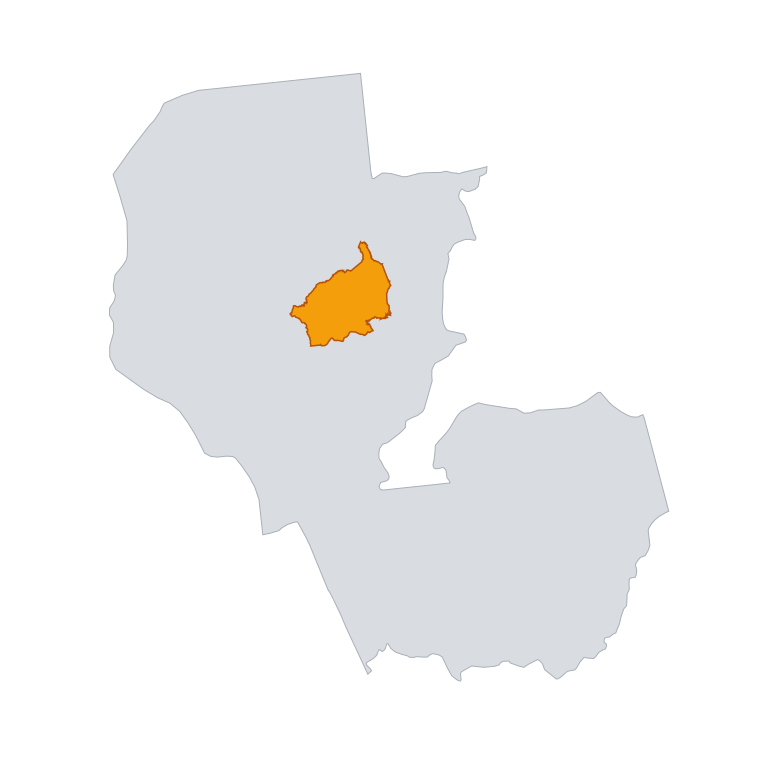 location of Kasempa, North-Western, Zambia, rotated 84°
{"feature_id": "96606910B75049689384444", "entity_name": "Kasempa", "entity_type": "district", "adm_level": 2, "iso_a3": "ZMB", "parent_name": "Zambia", "parent_adm1": "North-Western", "projection": "mercator", "projection_center": [25.871, -13.795], "detail": "fine", "context": "in_parent", "style": "filled", "palette": "amber", "viewbox_px": 768, "rotation_deg": 84, "n_neighbors": 0, "source": "geoboundaries", "source_scale": "gbopen_adm2", "svg_char_len": 9669}
<svg xmlns="http://www.w3.org/2000/svg" viewBox="0 0 768 768"><g transform="rotate(84 384 384)"><path d="M521.3,520.3L485.8,520.4L472.9,523.3L462.2,527.7L449.6,534.6L442.3,539.4L440.3,542.1L439.3,548.0L439.3,557.1L438.0,563.6L434.1,569.6L414.9,576.9L402.3,582.9L390.0,589.9L380.6,599.0L374.2,610.3L363.6,624.3L341.4,649.2L328.5,653.9L317.8,652.8L304.7,647.6L294.4,646.6L286.7,649.9L279.7,648.9L273.2,643.6L267.7,641.7L263.3,643.1L257.7,642.9L247.4,640.0L238.6,631.1L233.7,627.4L230.0,626.0L219.4,624.6L195.0,622.5L169.6,627.0L147.3,631.5L124.7,611.6L102.8,590.7L98.2,585.4L90.0,578.4L84.1,575.0L81.7,573.2L75.9,554.7L72.6,537.6L72.6,374.9L172.0,374.9L178.4,374.2L178.6,372.5L174.1,363.9L174.3,360.8L175.5,355.0L179.9,343.3L180.1,339.4L178.1,326.7L178.3,319.6L179.5,305.3L178.8,300.4L181.1,294.0L181.9,289.7L182.8,287.9L181.7,283.0L179.7,266.0L178.6,258.9L184.5,260.0L186.5,263.4L187.6,267.3L190.3,267.5L197.4,269.7L199.8,272.9L201.5,279.7L200.5,283.2L198.2,286.0L200.5,288.5L205.2,290.2L208.0,289.7L216.0,285.0L223.3,283.3L227.1,282.1L243.5,279.0L246.8,277.4L249.0,277.4L250.7,278.7L249.2,283.5L248.7,287.9L250.7,295.9L252.3,299.7L255.7,302.5L258.2,303.9L260.9,306.8L266.6,306.3L279.2,310.4L283.0,312.4L288.3,314.3L292.1,315.0L305.1,316.4L318.8,318.7L325.9,318.9L330.9,318.4L334.4,317.2L336.6,315.9L337.6,314.7L342.7,299.3L345.4,298.1L348.8,297.3L350.7,298.7L353.0,308.5L362.9,317.2L366.2,324.6L368.7,330.9L370.9,332.6L374.6,334.8L380.6,335.6L386.0,335.8L412.7,346.5L415.6,348.5L418.9,354.3L420.8,360.8L423.0,365.9L426.4,366.9L429.5,367.3L432.5,370.8L434.8,373.9L442.7,386.6L443.8,391.7L447.7,395.1L452.8,396.5L457.7,396.7L460.4,395.2L467.3,392.5L472.6,389.5L476.4,388.5L478.7,389.1L480.5,391.2L481.6,397.5L485.4,399.7L488.2,398.8L489.3,396.4L489.4,395.1L489.3,328.7L486.9,329.2L483.8,331.1L476.7,331.3L474.0,332.7L473.1,334.8L473.7,337.6L473.8,341.3L472.8,343.1L469.7,343.8L465.2,342.3L457.1,340.4L450.3,339.3L445.5,334.3L438.9,326.8L434.6,323.0L424.2,315.2L422.5,313.7L419.3,310.0L416.6,303.8L414.0,296.7L412.6,292.1L415.1,285.1L421.2,262.2L422.6,255.1L427.6,247.9L428.0,241.4L426.0,233.1L426.5,228.6L427.2,202.5L425.8,194.2L422.4,185.1L414.9,172.4L414.9,169.7L426.5,161.5L429.9,158.4L435.9,151.7L439.9,146.0L442.5,141.4L443.4,135.5L441.5,129.8L445.4,128.7L540.3,114.1L541.6,118.0L544.5,124.4L547.8,129.2L551.8,133.3L555.3,135.9L557.6,136.6L572.2,136.4L577.5,138.9L582.0,142.1L583.2,147.1L586.2,150.2L589.4,152.6L590.8,152.9L593.2,152.3L597.1,152.3L600.8,153.4L602.5,154.4L602.7,158.6L603.8,160.5L608.7,161.2L613.8,161.5L618.6,164.3L623.9,164.9L629.9,166.0L632.8,169.1L639.3,172.2L647.2,175.0L655.9,179.6L656.1,181.0L657.5,183.7L659.1,185.7L659.2,188.6L659.9,191.2L662.2,191.9L664.0,192.0L665.7,190.1L668.0,190.2L670.6,191.4L671.5,194.5L673.5,198.6L676.7,201.4L678.9,204.2L678.1,209.1L676.8,213.7L681.1,218.2L686.8,222.4L688.3,224.3L688.8,230.7L689.7,232.8L693.5,238.1L695.4,241.6L695.3,243.6L684.9,254.1L678.5,255.7L675.8,257.8L674.1,260.1L678.2,270.5L680.4,274.4L678.6,279.4L674.5,287.8L672.6,288.5L672.2,294.9L673.5,297.2L675.5,299.1L676.3,303.4L676.2,314.2L673.6,326.4L678.3,337.1L679.9,338.2L686.3,338.3L687.5,339.2L685.9,342.3L681.4,347.0L673.1,350.6L661.3,354.7L658.8,358.5L657.2,364.2L658.6,367.5L660.1,369.4L659.6,374.3L658.6,379.5L659.0,383.6L658.4,387.2L656.9,388.9L654.8,394.4L652.2,399.9L650.2,402.4L647.3,405.0L642.6,407.2L642.7,408.3L648.0,410.8L649.3,412.6L649.8,413.8L647.6,416.6L650.1,418.2L653.1,419.7L655.9,423.3L659.1,430.2L659.7,430.9L660.6,431.0L662.4,430.2L665.7,427.4L668.0,426.4L670.9,430.4L621.4,447.4L609.7,450.9L592.4,457.0L586.7,459.2L582.2,461.4L536.1,474.8L528.9,477.4L512.6,484.2L512.0,485.3L512.2,488.4L513.7,494.9L516.5,500.7L518.9,504.1L520.5,512.7L521.3,520.3Z" fill="#d9dde1" stroke="#a8b0b8" stroke-width="1"/><path d="M264.3,373.4L264.2,374.8L262.0,376.9L262.0,377.1L261.4,378.0L261.5,378.5L260.6,379.4L260.3,380.1L260.3,380.6L260.6,380.7L260.4,381.1L258.9,382.0L258.8,382.5L258.5,382.5L258.2,383.1L257.7,383.4L257.5,383.2L257.2,383.6L256.3,383.3L256.2,383.5L256.0,383.3L255.9,383.5L255.4,383.4L255.2,383.6L254.9,383.5L254.8,383.8L253.6,383.7L253.1,384.0L252.6,383.9L252.6,384.2L252.4,384.2L251.7,384.1L251.7,384.3L251.5,384.2L250.5,384.8L250.2,384.8L249.9,384.8L249.4,385.3L248.9,385.3L247.5,386.1L247.0,386.1L247.0,386.3L246.4,386.4L246.3,386.6L246.2,386.5L245.6,387.0L245.3,386.7L245.1,386.7L244.6,386.2L244.5,386.4L244.6,386.5L243.3,386.6L242.7,387.2L242.8,387.5L242.6,387.4L242.3,387.5L241.5,387.9L241.4,388.1L241.5,388.3L241.3,388.4L241.6,388.6L241.4,388.8L241.0,389.0L240.9,389.7L241.1,390.1L241.6,390.3L241.7,390.6L241.4,390.8L241.5,391.1L241.0,391.4L240.9,392.3L240.4,392.5L245.3,395.1L245.6,394.8L245.6,394.5L245.9,394.5L245.7,394.3L245.9,394.0L246.7,393.8L246.9,393.5L247.5,393.5L247.9,393.5L248.3,393.6L248.6,393.2L248.9,393.3L249.2,393.5L249.9,393.4L250.4,393.1L250.5,392.3L251.1,392.3L251.1,391.9L253.7,391.4L253.8,391.2L254.2,391.2L255.1,391.7L256.4,391.8L256.7,391.5L256.9,391.7L257.7,391.7L258.0,391.7L258.1,392.3L258.6,392.6L258.8,393.0L260.0,393.1L268.1,405.2L267.7,406.0L267.7,406.7L267.1,407.3L266.9,409.2L267.0,409.4L268.2,409.7L269.1,411.6L268.7,411.8L268.5,411.7L268.0,412.1L267.6,412.0L267.1,412.6L267.3,413.0L267.1,412.9L267.2,413.2L266.7,413.5L266.9,413.8L266.6,414.0L266.5,414.8L266.7,415.7L266.9,415.8L266.9,416.2L266.6,416.6L266.7,417.0L267.0,417.1L267.0,417.4L267.4,417.5L267.3,417.8L267.5,417.9L267.6,418.5L267.4,418.7L268.4,419.4L268.4,419.7L268.6,419.6L269.0,420.2L268.9,420.5L269.2,421.2L269.5,421.5L269.6,422.1L269.8,422.3L269.9,422.7L270.2,422.8L270.0,423.1L270.2,423.4L271.0,423.3L271.0,423.7L271.3,423.6L271.3,423.8L271.6,423.9L272.0,424.4L272.9,425.1L273.2,425.8L274.0,426.2L274.1,426.5L274.3,426.6L275.4,428.4L275.5,428.9L275.2,429.3L275.4,430.3L275.6,430.4L275.4,430.6L275.8,430.9L275.8,431.2L276.4,431.2L276.7,432.0L276.7,433.2L276.3,433.8L276.5,434.0L276.4,434.3L277.0,434.9L276.5,436.3L276.7,437.6L277.1,438.1L277.2,438.9L277.9,439.7L278.3,440.9L278.7,441.1L279.3,441.1L279.8,441.6L280.4,441.6L281.1,442.3L281.5,443.2L282.0,443.7L283.4,444.5L283.5,444.9L283.9,445.1L284.4,445.9L285.5,446.7L285.6,447.1L285.9,447.2L286.8,449.1L287.2,449.2L288.6,450.1L289.2,451.8L291.1,452.8L291.9,452.1L292.5,452.1L292.9,452.5L293.7,452.3L294.3,452.3L294.5,452.0L295.0,451.9L295.3,452.6L295.8,453.0L294.5,453.9L294.5,454.1L294.7,454.7L295.1,454.9L295.7,454.8L296.3,455.3L297.3,455.2L297.8,455.0L298.0,455.2L298.0,455.3L297.6,455.4L297.2,455.8L297.3,456.2L297.7,456.3L297.7,456.5L297.4,456.4L296.9,456.9L297.0,457.2L297.4,457.3L297.0,457.6L297.4,458.1L298.3,458.7L297.7,460.1L298.3,460.7L298.1,462.4L297.6,463.5L297.1,463.8L296.7,465.2L296.9,465.9L298.9,466.2L300.5,467.4L301.7,467.5L302.2,467.9L303.4,468.1L303.9,469.7L304.8,470.0L305.1,469.8L305.5,469.0L306.2,469.1L307.4,468.3L307.3,467.7L306.9,467.1L306.8,466.0L307.2,465.4L308.3,464.8L308.8,463.6L309.5,462.6L309.6,461.9L310.1,461.8L310.6,460.8L311.2,460.8L312.0,460.0L312.5,460.0L313.1,459.6L313.7,459.6L314.2,459.2L314.6,458.6L314.5,457.4L314.9,456.9L314.9,456.6L315.4,456.1L316.0,456.2L316.5,455.3L318.0,454.7L318.6,454.9L319.3,455.6L319.9,455.8L320.7,454.4L321.3,454.5L322.1,454.2L323.5,454.6L323.7,455.3L324.2,455.4L325.3,454.6L326.7,454.8L327.2,454.4L327.6,453.7L329.5,453.5L330.3,452.7L331.3,453.0L332.0,453.1L333.0,452.5L335.6,453.0L336.9,452.7L338.6,453.0L338.6,443.5L338.1,442.8L339.2,442.5L339.5,441.8L339.6,438.8L338.5,436.6L337.3,435.5L336.4,435.1L335.7,434.2L335.0,433.8L334.3,432.8L333.1,431.8L332.8,431.1L333.1,430.5L335.4,428.9L335.7,427.5L336.0,424.0L336.5,423.1L337.2,421.2L337.1,420.3L336.7,419.8L334.8,419.3L333.9,418.7L333.2,416.1L331.6,414.4L329.3,413.0L328.5,411.6L329.3,407.0L332.2,402.2L332.2,401.1L332.9,399.1L333.6,398.8L333.5,397.8L332.2,395.9L331.7,395.7L331.4,395.2L330.4,394.7L330.7,393.9L331.2,393.4L330.9,393.2L331.0,392.0L330.2,391.0L329.9,390.4L330.0,389.4L329.7,389.3L329.4,389.3L329.1,389.9L328.6,389.9L327.9,390.3L327.6,390.8L327.1,390.7L326.8,391.0L326.1,391.3L325.7,391.1L325.0,391.6L324.7,391.5L323.6,391.9L323.5,392.4L323.0,392.3L323.0,392.6L322.7,392.7L323.2,393.2L322.7,393.5L323.0,394.1L322.5,394.1L322.5,394.6L322.2,394.3L321.2,394.1L320.7,394.7L319.9,394.8L319.9,395.4L319.4,395.4L319.1,395.0L319.0,394.8L319.4,394.7L319.5,394.5L319.3,394.2L319.6,393.7L320.3,393.7L320.5,393.4L319.0,392.7L319.1,392.0L319.6,391.8L319.3,391.4L319.0,391.5L318.5,391.1L318.3,390.0L317.7,389.4L317.7,389.1L317.4,388.9L317.3,388.3L317.5,387.5L317.5,387.0L316.5,386.7L316.3,385.8L316.8,385.0L317.7,384.4L317.4,384.1L317.6,383.9L317.5,383.6L317.9,382.6L317.8,382.2L318.0,381.6L318.0,381.1L317.9,380.5L318.0,379.8L318.3,379.7L319.1,380.4L318.9,379.7L318.6,379.7L318.5,378.9L318.8,378.1L318.3,377.4L317.8,377.0L317.8,376.5L318.1,376.3L318.7,376.9L319.0,376.2L318.8,375.6L318.2,374.7L318.4,374.0L318.3,373.7L317.7,374.5L317.7,375.4L317.5,375.6L316.9,375.4L317.1,374.6L316.8,374.1L316.6,374.8L315.3,374.7L315.7,374.5L315.8,374.3L316.1,373.6L316.0,373.3L315.5,373.9L315.3,373.9L315.1,373.6L315.1,372.9L314.6,373.2L314.2,373.1L314.3,372.8L315.4,372.3L315.9,371.1L316.3,370.9L316.4,370.4L316.1,370.5L315.7,371.1L315.3,370.5L315.5,369.9L315.1,370.3L314.8,370.0L314.6,370.2L314.2,370.0L314.2,370.6L313.4,370.7L313.6,371.1L313.3,371.3L313.2,370.8L312.9,370.9L312.3,370.5L312.2,371.4L311.2,371.6L310.4,371.1L309.6,371.0L308.8,370.7L307.6,371.0L306.6,370.7L305.9,371.4L305.2,371.7L305.3,371.9L304.5,372.3L301.3,372.4L295.2,372.0L294.7,372.0L289.7,369.8L289.1,368.7L288.0,368.5L286.7,367.0L285.1,367.8L284.0,367.8L283.5,368.3L282.4,368.2L282.5,367.8L282.4,367.7L282.3,368.1L282.0,368.3L282.0,368.8L281.3,368.8L281.2,369.0L280.8,368.9L280.6,369.2L264.4,373.5L264.3,373.4Z" fill="#f59e0b" stroke="#b45309" stroke-width="1.5"/></g></svg>